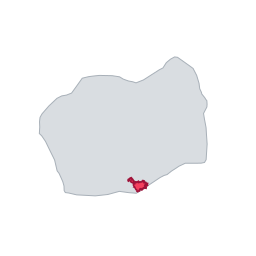 location of Tsuili-Tsuili, Leribe, Lesotho, rotated 205°
{"feature_id": "5366337B67330505907526", "entity_name": "Tsuili-Tsuili", "entity_type": "district", "adm_level": 2, "iso_a3": "LSO", "parent_name": "Lesotho", "parent_adm1": "Leribe", "projection": "albers", "projection_center": [27.748, -29.04], "detail": "fine", "context": "in_parent", "style": "filled", "palette": "rose", "viewbox_px": 256, "rotation_deg": 205, "n_neighbors": 0, "source": "geoboundaries", "source_scale": "gbopen_adm2", "svg_char_len": 4549}
<svg xmlns="http://www.w3.org/2000/svg" viewBox="0 0 256 256"><g transform="rotate(205 128 128)"><path d="M164.5,168.7L158.0,170.6L157.2,170.8L153.0,170.3L147.5,170.8L143.2,171.9L139.8,172.3L134.3,178.1L124.3,193.9L121.7,197.2L120.9,203.4L118.6,208.3L115.8,212.1L113.0,213.0L104.7,211.5L94.2,209.5L88.0,204.7L82.5,198.5L79.6,193.9L76.6,191.4L75.5,190.0L71.2,187.9L69.6,186.8L68.1,186.1L66.4,183.0L65.4,180.4L65.7,173.1L62.7,168.7L57.4,161.3L54.1,155.2L49.5,146.9L46.7,139.7L43.8,132.3L44.1,129.1L46.9,127.0L54.9,123.2L61.2,120.3L65.6,115.0L70.5,107.1L72.9,102.3L75.3,100.2L77.9,96.8L82.4,89.4L87.5,81.2L92.9,72.4L99.8,69.8L109.1,66.9L118.2,59.2L128.9,52.7L146.3,45.7L154.4,44.0L157.5,43.0L159.4,44.3L161.5,48.4L164.4,51.8L171.2,57.7L174.1,59.2L181.0,68.0L188.5,74.0L197.1,81.0L203.0,84.5L206.0,85.5L208.4,91.6L210.8,96.2L212.2,100.4L211.9,104.5L209.0,114.6L204.9,124.9L201.6,129.1L197.7,131.8L193.9,135.8L192.3,144.1L190.5,153.8L185.5,157.8L181.6,160.3L176.3,163.5L164.5,168.7Z" fill="#d9dde1" stroke="#a8b0b8" stroke-width="1"/><path d="M91.1,86.9L91.4,86.8L91.5,86.8L91.6,87.0L91.6,86.8L91.8,86.8L91.8,86.6L91.9,86.8L92.0,86.8L92.0,86.7L92.0,86.4L92.1,86.1L92.3,85.6L92.5,85.4L92.7,85.6L92.7,85.3L92.7,85.1L92.8,85.1L93.0,84.9L93.1,84.7L93.3,84.7L93.6,84.7L93.8,84.6L94.0,84.5L94.0,84.3L94.0,84.2L94.1,83.8L94.3,83.7L94.7,83.7L94.7,83.4L94.8,83.6L94.9,83.4L95.0,83.3L95.1,83.5L95.3,83.3L95.4,83.6L95.6,83.6L95.6,83.8L95.8,83.9L96.1,84.2L96.3,83.9L96.1,83.9L96.2,83.7L96.3,83.5L96.3,83.3L96.3,83.2L96.6,83.0L96.6,82.9L96.6,82.7L96.6,82.8L96.7,82.6L96.8,82.5L97.0,82.8L96.9,83.0L97.0,83.1L97.3,82.8L97.5,82.7L97.5,82.8L97.8,82.7L97.7,82.6L97.8,82.5L97.8,82.4L97.8,82.2L98.0,82.2L98.4,82.0L98.3,81.7L98.3,81.3L98.3,81.2L98.6,81.5L98.7,81.4L98.8,81.3L98.8,81.1L98.9,81.3L99.2,81.1L99.3,81.2L99.5,81.0L100.2,81.3L100.1,81.5L100.3,81.4L100.3,81.5L100.2,81.5L100.3,81.7L100.3,81.8L100.2,81.8L100.4,82.0L100.5,82.3L100.4,82.5L100.9,82.5L101.2,82.6L101.3,82.8L101.3,83.0L101.6,83.1L101.8,83.4L102.1,83.4L102.2,83.5L102.3,83.3L102.5,83.3L102.8,83.3L102.9,83.5L103.0,83.6L103.0,83.4L103.2,83.7L103.4,83.8L103.5,83.9L103.5,83.7L103.8,83.6L103.8,83.4L104.0,83.3L104.1,83.5L104.3,83.8L104.3,84.0L104.6,83.8L104.8,83.8L104.8,83.7L104.6,83.7L104.7,83.4L104.9,83.5L105.0,83.4L105.0,83.1L105.1,82.9L105.3,82.7L105.6,82.2L105.7,81.9L106.0,81.7L106.0,81.4L106.1,81.2L106.0,80.9L105.9,80.6L105.7,80.6L105.6,80.2L105.4,80.0L105.1,80.0L105.2,80.3L105.2,80.7L105.2,80.8L105.1,81.0L104.8,81.4L104.7,81.3L104.6,81.5L104.4,81.3L103.9,81.1L103.6,81.0L103.3,81.0L103.2,80.9L103.3,80.8L103.0,80.7L102.8,80.5L102.7,80.4L102.2,80.2L102.0,80.3L101.8,80.3L101.5,80.3L101.5,80.2L101.4,80.2L101.3,80.3L101.1,80.4L100.9,80.3L100.8,80.2L100.6,80.2L100.3,80.5L100.3,80.3L100.2,80.2L99.8,80.1L99.6,80.3L99.4,80.4L99.1,80.2L98.9,79.9L98.8,79.7L99.2,79.3L99.2,78.9L99.1,78.7L98.9,78.4L98.5,78.2L98.4,78.1L98.1,77.8L97.9,77.6L97.7,77.6L97.7,77.4L97.5,77.6L97.4,77.6L97.2,77.5L97.1,77.3L97.0,77.1L96.9,77.0L96.6,77.0L96.5,76.9L96.1,76.6L95.9,76.3L95.5,76.1L95.4,76.0L95.2,75.9L94.7,75.5L94.2,75.7L93.9,75.6L93.5,75.2L93.4,75.0L93.4,74.9L93.3,74.7L93.2,74.4L92.8,74.4L92.4,74.3L92.1,74.4L92.1,74.6L92.0,74.8L92.0,75.1L91.8,75.5L91.7,75.6L91.6,75.8L91.4,75.9L91.1,75.8L90.9,75.8L91.0,76.5L91.4,76.5L91.5,76.6L91.5,76.8L91.4,77.1L91.5,77.3L91.5,77.6L91.4,78.0L91.2,78.2L91.1,78.3L90.7,78.3L90.5,78.1L90.4,78.0L90.0,77.9L89.8,77.7L89.4,77.6L89.2,77.6L89.1,77.8L88.9,78.7L89.4,79.1L89.5,79.2L89.4,79.3L89.1,79.3L89.0,79.6L88.7,79.6L88.3,79.5L88.2,79.6L88.1,79.8L88.4,79.9L88.5,80.0L88.6,80.5L88.4,80.9L88.3,81.0L87.5,81.2L87.3,81.3L87.2,81.3L87.1,81.2L86.9,80.8L86.8,80.7L86.6,80.8L86.5,81.0L86.1,81.0L86.3,81.7L86.3,81.9L86.4,82.0L86.7,81.9L86.9,82.0L86.8,82.3L87.1,82.4L87.3,82.0L87.4,81.9L87.6,82.1L87.9,82.5L88.0,82.6L88.4,82.6L88.6,82.8L88.5,83.1L88.6,83.4L88.6,83.6L88.5,83.8L88.3,83.9L88.0,83.8L87.9,83.7L87.6,84.1L87.5,84.4L87.4,84.4L87.1,84.0L86.7,83.8L86.4,83.8L86.1,83.9L86.0,84.1L85.9,84.2L86.0,84.4L86.5,84.4L86.8,84.8L86.7,85.0L86.7,85.4L86.9,85.6L86.7,86.0L86.8,86.2L87.1,86.1L87.3,86.2L87.3,86.3L87.4,86.1L87.1,85.6L87.4,85.3L87.6,85.3L87.8,85.6L87.9,85.8L88.0,85.9L88.3,85.9L88.2,85.7L88.4,85.4L88.5,85.4L88.7,85.7L88.6,85.9L88.8,86.0L88.9,86.3L89.1,86.3L89.1,86.0L89.3,85.9L89.2,85.8L89.2,85.7L89.4,85.5L89.5,85.4L89.8,85.5L90.1,85.8L90.3,86.0L90.3,85.9L90.2,85.8L90.4,85.8L90.4,85.7L90.2,85.5L90.2,85.4L90.3,85.2L90.5,85.4L90.7,85.5L90.8,85.6L90.5,85.9L90.6,86.2L90.8,86.4L90.8,86.5L91.0,86.6L91.0,86.9L91.1,86.9Z" fill="#f43f5e" stroke="#9f1239" stroke-width="1.5"/></g></svg>